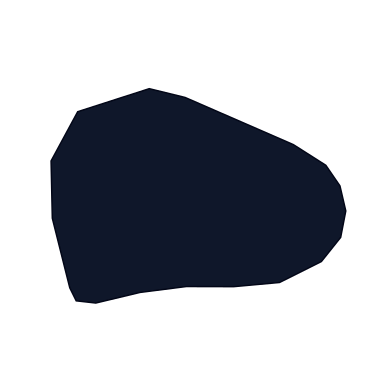 SVG path tracing the border of Antipodes Islands, rotated 74°
{"feature_id": "NZL-5477", "entity_name": "Antipodes Islands", "entity_type": "state/province", "adm_level": 1, "iso_a3": "NZL", "parent_name": "New Zealand", "parent_adm1": "", "projection": "mercator", "projection_center": [178.798, -49.668], "detail": "fine", "context": "isolated", "style": "filled", "palette": "ink", "viewbox_px": 384, "rotation_deg": 74, "n_neighbors": 0, "source": "natural_earth", "source_scale": "10m", "svg_char_len": 388}
<svg xmlns="http://www.w3.org/2000/svg" viewBox="0 0 384 384"><g transform="rotate(74 192 192)"><path d="M294.5,86.8L303.1,132.8L294.5,177.9L281.3,223.5L274.2,269.7L272.2,315.1L264.7,333.3L250.4,335.9L178.7,333.5L123.3,318.9L83.3,279.7L80.9,204.6L99.2,172.6L174.4,81.5L203.2,56.0L226.9,48.1L252.6,49.4L276.6,61.6L294.5,86.8Z" fill="#0f172a" stroke="#020617" stroke-width="1.5"/></g></svg>